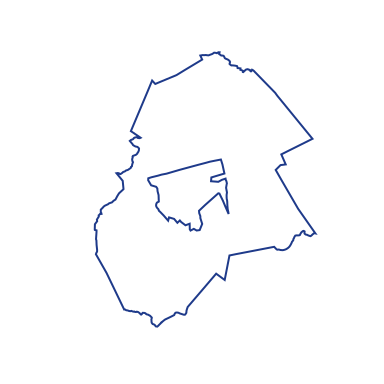 outline of San Juan Bautista Tlachichilco, Oaxaca, Mexico, rotated 50°
{"feature_id": "50627088B82603535513252", "entity_name": "San Juan Bautista Tlachichilco", "entity_type": "district", "adm_level": 2, "iso_a3": "MEX", "parent_name": "Mexico", "parent_adm1": "Oaxaca", "projection": "orthographic", "projection_center": [-98.322, 17.586], "detail": "fine", "context": "isolated", "style": "outline", "palette": "blue", "viewbox_px": 384, "rotation_deg": 50, "n_neighbors": 0, "source": "geoboundaries", "source_scale": "gbopen_adm2", "svg_char_len": 4987}
<svg xmlns="http://www.w3.org/2000/svg" viewBox="0 0 384 384"><g transform="rotate(50 192 192)"><path d="M177.9,305.6L199.1,309.5L238.4,319.5L238.7,318.9L239.7,318.6L240.3,318.4L241.4,317.4L242.7,316.7L243.7,315.8L244.1,314.9L244.7,314.6L245.4,314.2L246.1,313.7L246.4,313.1L247.0,312.9L248.0,312.0L248.2,311.2L249.4,310.4L250.2,310.2L251.0,310.0L252.0,310.0L253.2,309.8L253.3,309.1L253.0,308.2L252.9,307.4L253.9,306.3L255.0,305.6L255.9,305.6L256.7,305.3L257.7,304.5L258.8,304.1L259.8,303.7L262.3,303.5L262.8,304.0L263.6,305.1L264.5,305.7L265.1,306.2L266.2,306.9L267.8,307.0L269.0,306.3L269.8,306.0L271.0,306.1L271.7,306.1L272.8,305.1L272.8,304.4L272.7,303.2L272.6,302.4L272.5,300.7L272.4,300.5L272.2,299.7L272.2,299.0L272.4,299.0L272.3,297.6L272.3,296.3L272.4,294.5L272.8,293.0L273.4,290.7L273.9,288.7L274.4,286.6L274.8,284.8L274.8,284.7L274.1,283.4L273.9,282.2L274.6,281.0L275.9,279.9L277.0,279.5L278.3,278.7L279.4,278.0L280.4,277.4L281.1,276.8L281.5,276.0L280.9,274.0L279.4,272.5L278.5,271.2L277.3,269.2L273.5,246.2L270.1,226.0L280.4,223.5L264.7,204.1L267.8,198.4L286.8,164.3L289.9,164.1L291.0,163.8L291.6,162.8L292.5,162.0L293.1,161.7L294.0,160.8L294.8,160.0L295.4,159.0L296.0,157.6L296.4,156.3L296.6,154.1L296.5,152.7L296.2,151.4L295.7,150.0L295.1,148.6L294.4,147.3L294.2,146.1L294.0,145.4L293.5,144.9L293.1,144.3L292.8,143.4L292.2,142.3L291.8,140.9L292.4,139.8L292.9,139.3L293.5,138.6L294.1,137.7L294.3,137.0L294.0,136.3L293.7,135.8L293.4,134.8L293.2,134.1L293.2,133.5L293.2,132.2L293.6,131.4L294.6,131.1L295.2,131.7L295.8,132.3L296.3,132.5L297.1,132.4L297.9,132.1L298.7,131.4L299.7,131.0L301.0,130.3L302.0,129.6L302.1,128.9L302.1,128.1L302.0,127.3L302.0,125.9L302.1,124.8L303.0,124.1L273.1,121.5L241.0,115.9L228.9,113.7L228.3,106.9L231.1,102.5L220.6,99.4L222.2,92.6L228.7,65.5L219.1,65.4L189.2,65.0L173.4,64.8L170.2,64.6L169.8,64.5L141.5,66.6L140.7,66.7L139.5,66.7L137.9,67.0L136.9,67.4L137.1,67.9L137.5,68.6L137.5,69.3L137.0,69.5L136.5,69.5L135.7,69.2L135.2,69.5L134.8,69.9L133.8,70.3L133.0,71.7L132.9,72.3L133.0,73.8L133.1,75.7L132.8,75.9L131.9,75.1L130.8,75.6L129.5,76.4L128.5,75.4L127.9,75.9L126.4,77.4L125.8,77.0L124.4,76.6L122.9,77.8L121.3,79.3L120.3,80.5L119.2,80.8L118.0,80.9L117.8,80.6L117.4,80.1L116.9,79.3L115.7,79.0L113.9,79.3L112.2,80.1L111.4,80.6L110.5,80.8L109.8,80.6L108.7,80.3L107.9,80.3L106.8,81.2L106.2,81.9L103.7,82.5L102.7,81.1L101.9,82.0L101.8,82.7L101.7,83.7L100.9,84.2L100.3,84.7L99.5,85.5L99.4,86.9L99.2,88.1L98.6,89.6L98.0,91.4L97.0,92.5L96.0,93.3L95.1,94.6L94.0,95.8L92.8,97.9L97.1,99.1L93.9,119.3L92.5,128.7L85.6,150.7L81.0,150.9L86.5,161.5L106.1,199.7L117.4,196.5L117.2,197.3L116.7,197.9L115.9,198.7L114.7,199.0L114.2,199.6L113.6,200.6L113.3,201.9L113.6,202.8L113.6,203.4L113.1,204.8L112.9,205.3L112.9,206.6L112.9,206.8L117.1,206.8L118.2,207.0L119.4,206.6L120.7,206.1L121.5,205.5L122.4,204.8L123.8,204.6L124.6,204.6L125.4,205.4L126.0,206.0L126.5,206.9L126.8,207.5L126.9,208.4L127.1,208.6L127.4,209.2L127.5,210.8L127.3,211.5L127.1,212.1L126.7,213.2L126.4,214.0L126.6,214.7L127.1,215.0L127.6,215.4L127.8,216.0L128.9,217.2L129.6,217.5L130.3,217.9L131.2,218.0L131.8,219.1L132.2,219.7L132.7,220.4L133.1,220.9L133.6,221.4L133.7,222.1L133.6,222.6L134.1,223.2L134.2,223.8L134.1,224.4L134.0,225.3L134.0,225.9L133.9,226.7L133.6,227.6L133.1,228.6L133.1,229.6L133.0,230.5L132.7,231.1L132.4,231.9L132.5,232.6L132.5,233.5L132.4,234.4L132.3,235.3L131.6,235.8L130.8,235.9L129.8,236.6L129.1,237.8L130.7,237.8L138.9,237.9L145.3,242.3L145.8,242.7L146.1,248.8L147.1,251.8L148.6,255.5L148.3,257.7L148.5,260.0L147.4,262.7L147.4,264.2L146.5,267.5L146.4,269.2L146.6,269.9L146.9,273.2L149.0,275.0L149.9,275.0L150.6,275.4L149.7,276.7L149.9,277.5L149.9,278.5L150.2,278.7L150.9,279.2L151.1,279.8L152.0,282.6L153.4,283.4L154.1,286.4L154.3,287.1L158.1,290.5L158.6,290.8L160.0,289.8L161.2,290.8L166.4,295.8L167.7,296.4L171.2,299.1L175.5,302.0L176.7,303.1L177.0,304.1L177.9,305.6ZM167.0,187.4L168.9,183.3L175.2,169.7L178.7,162.3L180.3,158.8L182.7,154.4L185.7,149.0L189.8,150.7L190.5,151.0L198.7,155.3L193.3,167.8L196.0,170.5L201.1,165.3L201.9,161.3L203.3,157.7L204.7,158.5L205.2,158.5L205.5,158.6L206.0,158.8L207.8,159.7L208.3,160.4L210.7,163.2L214.8,165.5L215.7,166.5L216.5,167.4L218.6,169.1L219.7,169.9L220.8,170.4L222.3,171.4L223.8,172.6L225.0,173.5L225.8,174.1L227.1,175.0L228.1,175.7L230.6,177.0L232.4,178.1L226.0,176.2L224.9,175.9L218.5,173.9L210.8,172.0L209.9,172.7L210.4,190.2L210.9,198.7L212.9,200.1L215.8,201.1L217.4,202.4L223.0,204.7L226.1,210.6L224.5,213.2L221.4,214.3L220.6,217.9L219.2,217.7L214.8,214.2L213.3,218.4L208.0,219.6L206.0,219.6L206.2,223.0L201.1,223.0L196.7,225.9L198.6,228.7L191.8,228.8L186.4,229.2L185.3,229.4L184.5,229.2L183.9,228.9L183.2,228.8L182.5,228.9L181.5,228.9L180.2,228.7L179.0,228.0L178.1,226.9L177.6,225.7L178.0,223.6L172.9,219.6L169.3,217.9L167.0,216.3L165.0,216.1L160.6,219.0L154.8,218.0L154.3,217.5L153.4,216.7L153.5,216.4L154.6,213.7L157.7,207.4L159.1,204.2L161.6,199.7L167.0,187.4Z" fill="none" stroke="#1e3a8a" stroke-width="2"/></g></svg>